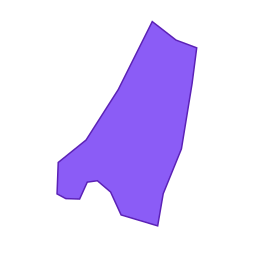 an SVG outline of Newcastle upon Tyne, rotated 261°
{"feature_id": "GBR-5661", "entity_name": "Newcastle upon Tyne", "entity_type": "Metropolitan Borough", "adm_level": 1, "iso_a3": "GBR", "parent_name": "United Kingdom", "parent_adm1": "", "projection": "orthographic", "projection_center": [-1.647, 55.013], "detail": "fine", "context": "isolated", "style": "filled", "palette": "violet", "viewbox_px": 256, "rotation_deg": 261, "n_neighbors": 0, "source": "natural_earth", "source_scale": "10m", "svg_char_len": 368}
<svg xmlns="http://www.w3.org/2000/svg" viewBox="0 0 256 256"><g transform="rotate(261 128 128)"><path d="M74.0,47.6L104.9,53.7L122.7,84.7L167.5,124.4L229.3,168.6L207.3,189.2L196.4,208.4L161.7,198.2L99.0,177.5L57.6,152.5L26.7,142.0L43.2,107.6L67.5,100.8L80.7,89.5L80.9,79.3L65.4,69.1L68.0,55.5L74.0,47.6Z" fill="#8b5cf6" stroke="#5b21b6" stroke-width="1.5"/></g></svg>